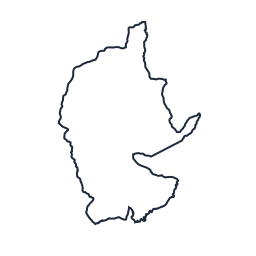 Iruya, Salta, Argentina, rotated 67°
{"feature_id": "61730980B58435423783603", "entity_name": "Iruya", "entity_type": "district", "adm_level": 2, "iso_a3": "ARG", "parent_name": "Argentina", "parent_adm1": "Salta", "projection": "orthographic", "projection_center": [-64.795, -22.777], "detail": "fine", "context": "isolated", "style": "outline", "palette": "slate", "viewbox_px": 256, "rotation_deg": 67, "n_neighbors": 0, "source": "geoboundaries", "source_scale": "gbopen_adm2", "svg_char_len": 5853}
<svg xmlns="http://www.w3.org/2000/svg" viewBox="0 0 256 256"><g transform="rotate(67 128 128)"><path d="M199.2,104.6L198.7,104.2L197.1,104.4L196.6,103.9L196.2,102.6L196.0,102.4L193.8,102.9L193.1,103.8L191.2,105.4L189.7,107.7L187.8,113.4L186.1,114.8L184.8,115.2L184.5,115.7L184.6,116.6L184.5,117.3L183.7,119.1L182.4,120.3L181.2,121.9L179.8,123.3L178.8,123.6L178.4,123.4L177.2,124.2L176.1,123.8L174.8,124.1L172.1,126.0L167.5,130.9L165.4,132.7L162.0,134.0L158.0,135.1L154.2,133.5L154.6,132.4L154.4,131.6L154.6,130.3L155.2,128.1L156.4,126.8L157.4,124.4L157.9,123.8L158.6,123.5L159.3,123.5L160.4,122.1L161.7,119.5L163.3,117.9L160.6,83.0L159.4,82.0L159.0,80.8L157.8,79.6L157.6,79.1L157.6,77.8L158.2,76.9L157.4,73.8L157.3,72.3L156.8,71.1L155.2,69.6L154.9,68.4L154.6,68.0L154.5,66.9L153.2,65.6L151.5,64.8L151.1,63.6L150.5,63.0L149.6,62.7L148.2,61.0L148.0,60.4L147.0,59.6L145.8,57.7L144.3,56.6L143.1,56.5L142.5,56.7L142.3,57.2L142.7,58.2L143.4,58.7L143.4,60.6L143.0,62.8L143.1,65.3L142.7,66.5L143.0,67.6L144.4,70.6L145.5,71.7L146.6,73.7L147.9,74.6L148.6,75.6L148.8,76.1L149.8,77.4L150.9,80.2L151.9,81.5L151.4,83.5L150.8,84.6L147.3,85.2L144.7,86.7L144.0,87.0L141.6,86.5L139.6,87.3L137.3,87.0L136.2,86.2L135.6,84.9L135.6,84.3L135.3,83.8L133.9,83.0L133.3,83.2L131.8,83.1L130.8,83.4L127.8,83.0L126.3,83.5L125.3,84.3L120.7,84.7L120.3,84.9L118.9,84.9L116.9,84.5L113.8,83.4L113.1,83.6L110.6,83.6L110.0,83.4L108.5,82.4L108.2,82.0L107.1,81.6L106.4,80.9L104.8,80.0L103.8,78.6L102.7,77.3L102.6,76.1L101.8,74.9L100.2,74.9L99.4,75.0L98.4,74.3L97.9,74.6L97.8,75.8L97.3,76.4L96.0,77.5L95.9,78.1L94.9,79.6L94.4,81.3L94.5,82.2L94.2,83.2L93.9,83.3L91.5,87.8L89.0,88.2L88.3,87.7L87.0,87.5L86.0,87.1L85.3,87.1L78.6,88.2L75.2,86.9L74.0,86.8L73.1,87.0L71.7,86.9L71.1,86.3L70.5,86.3L69.8,85.6L69.0,85.7L68.6,86.0L68.1,86.0L67.7,85.7L67.4,85.0L66.3,84.1L65.6,84.3L65.2,84.1L64.4,82.6L63.1,81.8L62.2,81.4L61.1,81.5L58.6,81.0L57.1,80.2L55.5,79.8L54.9,79.2L54.6,78.5L54.5,78.0L53.9,77.0L53.4,76.8L51.6,75.0L50.0,73.8L49.1,73.9L48.5,74.3L47.9,73.7L46.2,74.4L45.3,74.0L44.5,74.4L44.4,74.3L44.3,73.0L43.7,72.5L42.7,72.7L42.0,72.1L37.1,70.8L36.9,71.5L36.0,73.5L36.5,74.1L36.5,74.5L36.3,75.9L37.1,77.2L36.2,81.5L37.1,82.9L37.3,83.6L37.3,84.3L36.6,85.5L36.0,87.1L36.0,87.9L36.3,88.4L41.1,90.3L45.8,94.0L47.2,94.3L48.2,94.8L49.6,96.9L52.0,98.3L52.7,98.2L52.8,98.4L52.9,100.8L52.4,102.2L51.8,103.2L50.2,104.6L48.7,107.6L48.3,109.8L46.0,114.7L45.8,116.3L46.1,118.1L46.9,118.5L47.6,119.8L46.6,122.1L46.4,124.3L46.5,125.3L47.5,126.3L50.1,128.1L52.4,131.1L51.9,134.8L52.1,135.4L52.0,137.5L51.4,139.8L51.6,141.4L51.4,144.2L51.5,144.9L51.9,146.1L52.2,148.7L52.2,149.2L51.7,150.7L51.7,151.9L52.0,153.8L52.4,154.6L53.1,155.3L54.2,156.1L58.6,158.1L59.7,159.2L60.4,159.6L62.3,162.3L64.1,165.8L67.6,168.3L69.4,169.0L71.2,171.0L72.6,172.0L72.8,172.5L73.0,174.4L73.3,175.1L74.3,175.6L75.3,176.3L76.5,176.7L77.2,177.2L78.1,178.3L80.4,180.0L82.2,179.9L82.9,180.4L83.4,181.7L84.8,183.2L85.9,183.7L87.2,184.7L88.2,185.2L90.9,185.3L92.4,185.9L93.1,186.6L94.3,188.4L95.1,189.0L95.9,189.1L96.4,189.9L98.3,188.9L98.7,188.9L99.8,188.2L100.6,188.0L101.9,187.1L103.7,185.2L105.5,183.8L106.0,183.8L106.4,184.0L106.8,184.5L106.8,185.1L107.4,186.7L108.4,188.5L112.1,190.5L112.8,190.6L115.2,189.2L116.5,189.1L117.0,188.7L117.7,187.3L118.8,186.7L119.3,186.6L119.9,187.1L121.5,187.7L122.8,187.4L123.2,186.8L123.5,186.8L124.3,187.0L126.1,188.2L127.6,188.6L128.1,189.9L128.4,190.0L129.5,189.8L130.8,190.2L131.6,190.5L132.4,191.4L133.2,191.3L136.7,189.5L137.5,190.0L137.9,190.6L138.7,190.4L139.4,190.6L140.4,190.0L140.7,190.0L141.6,190.2L142.5,190.8L143.0,190.6L143.9,190.7L144.4,190.0L146.4,190.5L146.6,190.9L147.7,190.8L148.9,192.3L150.2,193.0L152.5,193.6L153.0,193.7L154.1,193.1L155.7,192.1L157.0,192.0L157.9,192.4L159.3,192.5L159.5,192.2L160.0,192.2L161.0,192.5L163.4,192.5L164.8,193.1L165.7,193.1L167.3,194.2L168.1,194.3L169.7,193.9L170.3,192.5L172.5,191.3L173.3,190.2L176.1,190.2L176.2,189.9L176.6,189.8L176.9,188.9L178.4,188.1L178.6,187.7L178.9,187.3L180.3,187.8L181.3,189.2L182.4,192.1L183.9,194.7L184.3,195.8L185.9,197.1L187.1,197.6L189.1,199.4L191.5,199.5L192.3,199.2L193.3,199.2L194.8,198.7L195.9,198.7L196.6,198.2L197.2,198.2L199.3,197.3L200.2,197.4L202.9,195.6L203.6,195.7L203.6,193.6L203.4,193.1L204.1,192.3L203.1,190.7L203.4,189.9L203.2,189.3L202.9,189.2L202.9,188.9L203.1,188.2L203.4,188.0L203.2,187.4L203.7,187.2L203.7,186.7L204.0,186.1L204.1,183.0L203.8,181.7L204.1,181.4L203.8,180.7L204.9,178.8L206.1,175.7L206.4,171.5L206.8,170.9L208.5,169.7L211.1,167.0L211.4,165.5L209.1,164.0L207.5,162.1L206.4,161.2L204.3,159.9L203.9,159.4L201.4,158.1L202.3,157.5L202.8,156.9L203.2,156.7L204.4,156.5L204.7,156.3L205.7,156.4L206.2,156.2L206.8,156.5L207.4,156.0L208.1,156.4L208.6,156.4L208.7,156.9L209.9,157.1L210.6,157.5L210.8,157.8L211.0,159.1L211.4,159.6L213.0,159.6L214.3,158.9L215.2,158.3L216.9,158.1L217.6,158.3L217.7,157.2L218.1,156.1L217.2,155.8L217.1,155.5L218.2,154.8L218.7,154.1L218.8,153.4L218.2,152.8L217.0,152.0L216.9,151.5L217.1,151.1L219.1,150.3L220.0,149.3L219.8,148.2L219.2,147.7L218.8,147.8L217.8,148.7L216.4,148.5L216.3,148.1L217.2,147.5L217.2,146.8L217.0,146.6L216.4,146.6L215.7,145.5L215.0,145.5L214.5,145.1L214.5,144.9L214.8,144.6L215.0,144.1L214.7,143.6L215.0,143.0L214.7,142.0L214.2,141.5L213.3,141.1L212.9,140.5L212.9,140.0L214.3,139.6L214.7,139.1L214.6,138.8L213.8,138.3L212.6,136.6L212.5,135.6L213.2,134.7L213.1,134.0L213.6,133.3L213.5,132.7L213.8,131.8L213.6,131.4L213.7,128.6L213.5,127.9L213.9,126.9L213.6,125.6L213.8,124.8L212.9,122.4L211.5,120.8L211.3,120.4L211.0,120.2L210.6,119.3L208.9,117.1L208.5,114.7L209.1,113.9L209.3,113.2L209.2,112.8L208.7,112.3L208.1,112.0L206.9,112.8L206.4,112.7L206.2,111.9L205.9,111.3L203.5,109.8L202.6,109.0L202.1,107.3L201.3,107.0L200.6,106.2L200.3,106.1L199.7,106.5L199.1,106.3L198.9,105.6L199.2,104.6Z" fill="none" stroke="#1e293b" stroke-width="2"/></g></svg>